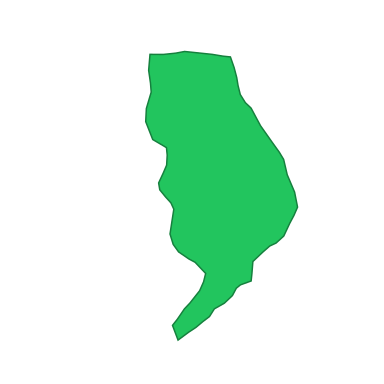 Krideia, Cyprus (Mercator projection), rotated 28°
{"feature_id": "46923920B22982448470937", "entity_name": "Krideia", "entity_type": "district", "adm_level": 2, "iso_a3": "CYP", "parent_name": "Cyprus", "parent_adm1": "", "projection": "mercator", "projection_center": [33.959, 35.389], "detail": "fine", "context": "isolated", "style": "filled", "palette": "green", "viewbox_px": 384, "rotation_deg": 28, "n_neighbors": 0, "source": "geoboundaries", "source_scale": "gbopen_adm2", "svg_char_len": 1003}
<svg xmlns="http://www.w3.org/2000/svg" viewBox="0 0 384 384"><g transform="rotate(28 192 192)"><path d="M90.3,90.2L96.6,104.9L104.2,115.3L109.1,123.0L112.5,139.7L118.1,151.6L132.7,164.1L148.6,164.8L152.8,171.1L157.0,180.2L157.7,188.5L158.3,199.7L162.5,205.2L170.8,208.7L178.5,211.5L184.0,215.7L189.6,231.7L192.3,239.4L200.0,247.1L208.3,251.2L220.8,252.6L227.7,252.6L242.3,257.5L244.4,265.9L245.1,275.6L242.3,291.0L240.2,298.6L238.8,311.2L237.4,318.9L249.2,329.3L254.8,317.5L259.0,309.8L262.4,301.4L265.9,293.8L266.6,284.7L272.8,274.9L276.3,264.5L276.3,256.1L278.4,251.2L286.0,242.8L283.2,235.9L278.4,224.8L282.6,212.2L286.0,203.2L290.2,197.6L293.7,187.8L293.0,173.9L293.0,164.8L292.3,155.8L282.6,143.9L268.0,132.1L257.6,120.2L250.6,116.0L239.5,110.5L232.6,107.0L221.5,101.4L215.2,97.2L204.8,90.2L197.2,88.1L188.9,83.3L182.6,76.3L177.8,70.0L170.8,62.4L162.5,54.7L155.6,57.5L145.2,61.0L136.8,64.4L119.5,71.4L112.5,77.0L102.1,84.0L90.3,90.2Z" fill="#22c55e" stroke="#15803d" stroke-width="1.5"/></g></svg>